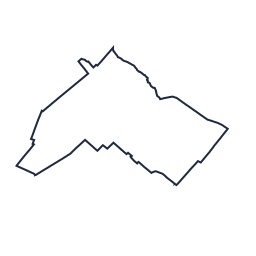 outline of Smeeni, Buzau, Romania, rotated 17°
{"feature_id": "2599482B10599735426508", "entity_name": "Smeeni", "entity_type": "district", "adm_level": 2, "iso_a3": "ROU", "parent_name": "Romania", "parent_adm1": "Buzau", "projection": "natural_earth1", "projection_center": [26.881, 44.971], "detail": "fine", "context": "isolated", "style": "outline", "palette": "slate", "viewbox_px": 256, "rotation_deg": 17, "n_neighbors": 0, "source": "geoboundaries", "source_scale": "gbopen_adm2", "svg_char_len": 4659}
<svg xmlns="http://www.w3.org/2000/svg" viewBox="0 0 256 256"><g transform="rotate(17 128 128)"><path d="M59.7,192.9L61.0,191.4L62.4,189.9L64.5,187.5L65.6,186.2L66.8,185.0L66.9,184.8L75.1,175.6L75.2,175.4L77.2,173.2L78.5,171.5L79.0,171.0L79.3,170.7L79.9,170.0L80.3,169.5L80.4,169.3L80.6,169.1L80.7,168.9L80.9,168.5L81.2,167.9L82.0,166.4L82.8,165.0L83.2,164.3L83.5,163.6L84.9,161.2L86.5,158.6L90.4,151.9L98.3,155.5L98.6,155.6L101.7,157.1L105.4,158.7L108.1,153.5L108.6,152.4L108.8,152.1L109.0,151.8L111.4,152.7L114.2,153.8L118.4,146.3L123.9,148.8L127.5,150.4L127.5,150.5L129.0,151.1L131.0,152.0L134.2,153.4L135.3,151.7L137.5,152.7L138.3,153.0L139.8,153.6L138.9,154.8L140.0,155.6L141.7,156.6L142.8,157.3L144.3,158.0L146.5,158.9L147.1,159.2L147.6,158.0L147.9,157.4L148.3,157.5L153.0,159.6L155.5,160.8L157.4,161.5L161.2,163.1L162.2,163.5L163.3,164.0L163.6,164.1L164.3,163.2L165.0,162.7L166.6,161.5L166.8,161.4L167.3,161.3L168.0,161.3L168.6,161.3L171.5,161.5L173.3,161.6L173.8,161.6L174.1,161.7L174.3,161.7L174.6,161.7L175.1,162.0L175.5,162.1L177.4,162.9L178.5,163.4L178.5,163.6L181.3,164.7L186.9,166.8L189.1,167.7L189.1,167.8L189.2,167.7L191.0,168.4L191.8,166.9L193.6,163.0L196.4,156.8L198.3,152.7L198.4,152.4L199.4,150.1L200.6,147.5L201.8,145.1L202.5,143.7L204.5,139.4L204.6,139.2L206.3,139.5L207.7,139.7L207.9,139.1L208.5,137.8L209.6,135.1L210.6,132.7L211.9,129.6L212.5,128.3L212.8,127.6L213.1,126.9L213.4,126.0L213.4,125.7L214.2,123.9L214.8,122.1L215.1,121.4L215.4,120.3L216.0,118.8L216.4,117.9L218.4,112.9L219.4,110.5L220.1,108.5L220.2,108.4L220.8,106.8L221.3,105.6L221.6,104.9L221.8,104.1L222.4,102.8L222.5,102.4L223.1,101.0L223.6,99.6L221.3,98.9L220.6,98.7L219.6,98.4L217.8,97.8L216.7,97.5L215.1,97.3L212.9,97.0L212.7,96.9L207.3,96.8L202.0,96.7L201.8,96.8L200.8,96.5L192.1,93.7L188.9,92.6L185.4,91.5L183.1,90.7L179.7,89.6L177.3,88.9L176.0,88.5L175.2,88.2L174.6,88.0L173.8,87.7L173.0,87.5L172.1,87.2L171.3,86.9L170.2,86.5L169.2,86.2L168.4,85.9L168.0,85.8L167.6,85.6L167.3,85.5L166.9,85.4L166.5,85.3L166.3,85.2L166.1,85.1L165.9,85.1L165.7,85.0L164.0,85.0L162.9,85.0L161.5,84.9L159.7,85.8L157.9,86.7L155.9,87.8L153.8,88.9L152.1,90.0L150.3,91.0L149.4,90.0L148.8,89.6L148.3,89.4L146.6,88.8L146.4,88.7L146.2,88.4L146.0,87.9L145.7,87.5L145.4,87.1L145.2,86.7L144.8,86.1L144.7,85.7L144.1,84.9L143.9,84.6L143.8,84.3L143.7,84.0L143.5,83.7L143.3,83.5L143.0,83.2L142.7,83.0L142.4,82.6L142.3,82.4L142.1,82.0L141.9,81.9L141.6,81.8L140.6,82.1L140.1,82.1L139.6,81.9L139.0,81.7L138.3,81.4L137.8,81.2L137.3,80.7L136.8,80.2L135.9,78.9L135.5,78.7L135.2,78.6L134.8,78.5L134.4,78.6L134.0,78.6L133.7,78.6L133.6,78.4L133.4,78.1L133.2,77.8L133.2,77.5L133.2,77.1L132.7,76.8L132.2,76.6L132.0,76.3L132.0,76.1L132.1,75.9L132.4,75.4L132.5,75.3L132.5,75.2L132.2,74.4L132.0,74.2L131.8,74.1L130.7,73.9L129.8,73.3L129.5,73.2L129.0,72.6L128.8,72.5L127.7,72.6L127.4,72.4L126.7,72.1L126.3,72.0L124.8,71.3L124.1,71.2L123.5,70.9L123.2,70.8L122.5,71.0L122.3,71.0L122.0,70.9L121.5,70.6L121.2,70.5L120.3,70.2L119.9,70.0L119.8,69.9L118.9,68.9L118.6,68.7L117.3,68.1L116.3,67.1L115.8,66.8L115.4,66.6L115.2,66.6L114.9,66.5L113.9,66.3L113.5,66.3L112.0,65.9L110.4,65.6L110.0,65.5L107.8,65.0L107.5,65.0L106.9,65.0L105.0,65.0L104.3,64.9L104.1,64.9L103.4,64.7L102.2,64.3L102.0,64.2L101.6,63.8L101.4,63.7L99.7,63.4L99.0,63.3L98.0,63.1L97.9,63.1L97.6,63.2L97.2,62.6L95.8,61.6L94.6,60.7L94.0,60.3L93.1,59.6L91.8,58.6L91.7,58.7L91.3,58.3L90.5,56.8L90.5,56.7L90.2,55.6L89.7,56.7L88.5,59.5L87.7,61.3L86.5,63.9L85.9,65.3L84.6,68.3L84.2,69.2L83.9,69.8L83.4,71.0L82.7,72.7L82.0,74.0L81.3,75.6L80.6,77.2L79.0,76.9L77.8,79.1L77.2,80.2L75.6,79.3L73.6,78.0L72.4,77.2L70.8,76.1L70.6,76.3L70.4,76.4L70.1,76.2L69.8,76.3L69.1,76.4L68.7,76.3L67.9,76.0L67.4,75.7L67.2,75.5L67.0,75.4L66.8,75.4L66.3,75.4L65.9,75.4L65.6,75.5L65.3,75.5L64.5,75.5L64.4,75.5L64.2,75.5L63.9,75.6L63.7,75.6L63.3,75.4L63.1,75.6L62.9,75.9L62.7,76.2L61.8,77.7L61.6,78.1L61.2,78.8L64.9,81.4L68.7,83.9L70.9,85.5L71.7,86.0L72.8,86.8L74.0,87.6L71.3,91.7L69.4,94.6L67.4,97.6L54.5,117.1L54.1,117.7L53.8,118.2L53.0,119.4L52.9,119.5L52.7,119.8L52.5,120.1L51.0,122.5L50.4,123.4L48.0,127.0L47.6,127.6L47.5,127.8L47.4,128.0L46.5,129.4L46.4,129.5L46.0,130.2L45.5,130.9L45.4,131.0L45.2,131.4L45.1,131.5L44.1,133.0L43.9,133.4L42.9,134.9L41.8,136.7L41.7,136.8L41.6,137.0L40.5,136.7L40.1,142.0L39.7,146.1L39.2,154.8L38.8,162.6L38.5,166.9L41.7,166.9L41.4,171.1L42.8,171.2L41.6,174.2L41.6,174.3L39.8,178.7L39.5,179.3L36.9,185.4L32.4,196.7L32.4,196.8L34.1,197.0L39.0,197.6L44.6,198.3L48.8,198.9L50.7,199.1L51.9,199.4L52.1,199.5L52.3,199.7L52.8,200.4L54.0,199.4L54.8,198.4L55.8,197.3L57.3,195.6L58.4,194.3L59.7,192.9Z" fill="none" stroke="#1e293b" stroke-width="2"/></g></svg>